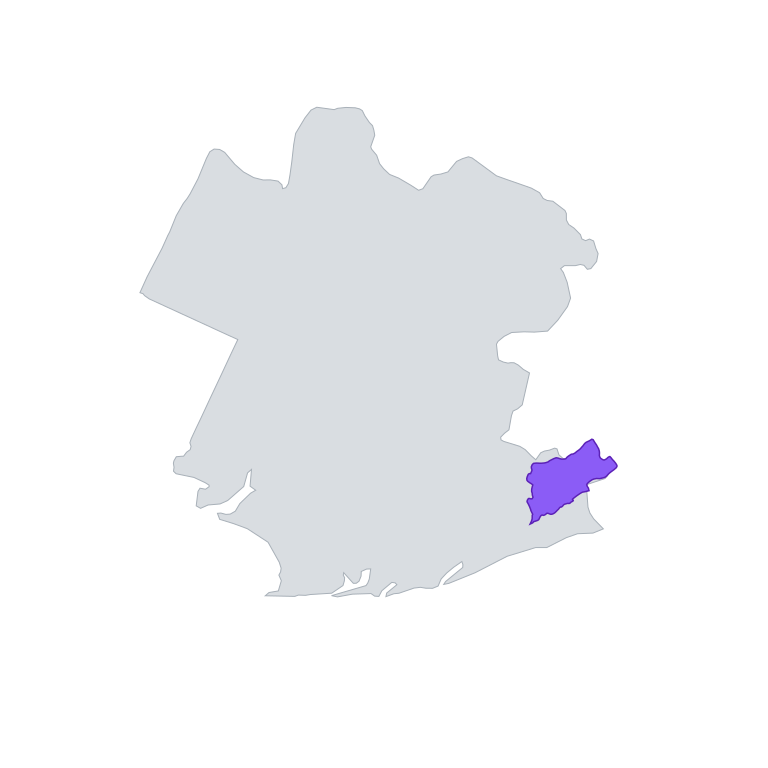 Mongo, Nyanga, Gabon (highlighted), rotated 295°
{"feature_id": "22940354B34091756215614", "entity_name": "Mongo", "entity_type": "district", "adm_level": 2, "iso_a3": "GAB", "parent_name": "Gabon", "parent_adm1": "Nyanga", "projection": "albers", "projection_center": [11.424, -3.286], "detail": "fine", "context": "in_parent", "style": "filled", "palette": "violet", "viewbox_px": 768, "rotation_deg": 295, "n_neighbors": 0, "source": "geoboundaries", "source_scale": "gbopen_adm2", "svg_char_len": 5645}
<svg xmlns="http://www.w3.org/2000/svg" viewBox="0 0 768 768"><g transform="rotate(295 384 384)"><path d="M527.1,135.9L526.6,141.7L520.0,156.0L516.8,167.0L516.0,178.7L517.8,188.1L521.0,194.9L523.1,202.2L521.4,207.3L518.2,209.5L520.4,212.1L525.3,212.7L533.5,210.5L546.2,206.6L562.8,201.0L573.8,198.0L591.8,199.9L601.4,202.1L606.4,206.1L611.6,222.9L614.3,225.5L618.6,232.7L622.2,241.3L623.0,245.6L622.6,248.8L618.9,253.4L614.8,260.3L613.3,264.4L609.8,267.5L605.5,270.5L593.4,271.7L591.6,273.5L588.2,280.7L581.8,286.9L578.9,292.7L576.3,300.5L576.8,310.2L575.5,324.1L574.2,333.5L577.4,336.7L591.7,339.1L594.5,341.0L598.3,346.8L603.2,352.3L616.4,355.7L621.4,359.9L625.6,364.5L626.1,368.3L623.1,383.4L620.2,397.9L621.2,408.9L622.3,419.4L623.8,434.8L623.1,444.2L619.4,449.9L619.3,454.3L621.0,459.8L617.7,474.7L615.6,477.2L609.7,480.0L606.6,484.0L605.6,490.3L602.4,498.9L599.1,502.0L599.1,506.1L602.2,509.0L602.2,513.5L596.3,518.8L592.7,522.9L584.9,524.9L576.0,522.7L573.9,519.8L576.1,515.1L575.3,511.4L572.2,507.5L567.5,497.5L563.2,495.3L560.9,499.4L553.6,507.0L540.7,516.8L531.7,517.6L515.1,514.5L501.1,509.9L494.6,498.4L490.5,488.9L484.6,477.9L477.9,472.7L470.8,469.3L467.6,469.1L457.4,475.2L454.3,477.6L454.3,482.8L455.3,487.5L456.9,489.9L458.2,492.9L457.9,497.7L456.1,504.1L455.5,511.2L423.5,518.1L418.0,515.6L414.0,512.4L409.1,512.9L395.3,516.6L390.2,514.0L385.1,512.2L382.8,513.7L382.6,516.8L384.9,533.4L384.2,539.7L381.1,547.9L379.5,553.6L387.9,555.1L391.0,557.7L394.0,561.9L398.0,565.8L398.3,568.2L393.7,572.5L392.1,577.9L394.3,582.1L400.1,586.4L408.5,591.0L412.6,593.9L412.2,596.6L408.3,602.4L406.8,607.3L404.1,611.7L404.7,615.8L408.4,619.6L408.0,623.0L405.5,625.6L400.2,625.0L395.8,625.4L391.8,624.3L379.4,611.2L376.6,610.8L358.6,620.9L354.1,625.1L350.4,631.0L345.4,644.0L337.2,636.4L330.1,622.7L321.8,614.2L304.5,600.6L299.8,590.5L279.9,568.4L251.4,546.3L230.7,527.0L227.6,522.8L231.0,523.3L251.0,532.9L253.7,531.8L256.0,529.6L247.4,524.6L239.2,520.7L231.5,518.2L223.7,518.4L219.4,514.4L216.6,508.2L215.1,502.9L211.7,497.4L200.7,486.0L198.1,481.6L192.1,475.6L195.7,474.8L207.5,480.5L208.5,478.2L207.5,474.9L195.7,469.4L189.3,469.1L187.8,465.2L188.6,460.8L180.2,444.2L171.4,431.8L170.0,425.9L193.7,452.9L196.8,453.4L201.0,453.1L210.8,450.1L208.9,446.4L204.5,442.6L200.2,444.4L194.7,444.7L191.7,443.1L190.4,440.4L196.0,427.2L193.5,427.9L191.8,430.2L188.7,431.3L184.0,432.0L172.3,425.0L162.0,406.1L159.3,402.2L156.5,395.6L153.8,392.9L141.9,365.9L146.4,367.9L151.8,375.7L162.3,374.1L166.4,369.5L170.0,369.7L173.6,368.6L178.2,364.4L191.6,345.8L195.1,321.3L193.9,306.7L191.9,292.3L196.4,287.7L198.1,290.7L199.0,295.8L201.1,299.6L205.9,303.0L214.8,303.9L228.6,309.2L233.5,312.6L234.8,305.8L250.6,300.0L245.8,297.9L231.8,300.2L212.4,291.6L206.0,286.1L200.0,275.7L193.8,270.3L194.2,265.3L208.1,260.8L211.8,261.3L213.2,266.7L217.0,268.9L218.4,268.2L219.0,263.6L219.0,251.2L214.8,233.5L216.0,230.1L219.8,228.9L223.2,226.6L225.6,226.1L230.3,226.5L232.7,230.6L233.9,232.9L238.7,233.9L242.6,236.1L245.9,235.5L248.7,232.9L252.8,232.4L265.4,232.4L276.9,232.5L299.7,232.5L322.5,232.6L345.3,232.6L362.5,232.7L362.4,222.6L362.3,207.0L362.2,188.6L362.1,170.9L362.0,154.6L361.9,135.3L362.9,129.7L364.0,127.4L363.6,124.2L381.3,124.0L413.3,125.5L427.3,125.3L431.2,125.5L448.7,124.6L462.9,125.8L468.9,127.2L474.3,127.9L491.3,128.7L513.4,127.7L520.9,128.0L525.1,130.7L527.1,135.9Z" fill="#d9dde1" stroke="#a8b0b8" stroke-width="1"/><path d="M374.0,614.9L374.7,614.3L376.0,613.3L377.2,611.4L378.3,610.3L379.5,610.3L380.9,610.8L382.7,611.6L385.1,613.0L386.5,614.3L388.2,616.6L389.3,619.4L391.6,622.3L393.0,623.8L394.8,624.7L396.6,625.2L398.4,625.9L400.2,626.8L403.5,628.6L406.1,629.8L407.6,630.0L408.7,629.5L410.0,627.6L410.6,626.4L411.3,625.0L412.1,622.9L413.1,621.0L413.7,619.5L413.4,618.9L411.9,617.9L410.4,617.4L409.0,616.4L408.1,615.6L407.9,614.4L408.0,613.3L408.3,611.5L409.1,610.4L410.2,609.4L412.2,608.6L413.2,608.1L414.3,607.4L416.0,605.9L417.0,604.4L418.6,602.3L420.0,599.9L421.9,597.1L421.8,595.7L419.4,594.2L416.7,591.9L415.1,591.1L413.9,590.8L411.9,590.4L410.4,589.9L408.2,589.3L406.3,588.4L404.6,587.4L402.1,586.2L400.6,585.1L400.2,584.5L399.5,583.4L398.2,582.6L396.6,581.6L394.7,580.7L393.2,580.4L392.5,579.7L391.6,578.1L391.0,576.7L390.6,574.7L390.4,572.9L389.9,571.2L388.1,569.4L385.7,567.5L384.0,566.2L383.2,566.0L382.4,565.3L381.1,563.9L380.2,562.7L378.7,560.1L378.0,558.6L376.9,555.9L376.1,554.4L375.2,553.0L373.4,552.4L371.3,552.5L370.1,553.1L369.2,554.0L368.2,554.6L366.3,554.7L364.7,554.7L364.4,553.9L363.6,553.1L362.9,552.9L362.6,552.9L360.3,553.0L358.7,553.3L357.2,554.2L356.6,555.3L356.1,557.7L355.8,560.2L355.4,561.5L353.5,561.8L351.5,562.2L350.1,562.7L348.9,563.3L347.5,564.6L346.1,565.3L344.4,566.9L342.7,566.8L342.0,565.8L341.7,564.1L341.2,563.3L339.2,563.0L337.7,563.4L337.0,564.4L335.9,565.9L334.4,567.7L332.4,569.8L331.4,570.6L330.0,572.3L328.8,573.8L327.4,573.9L326.2,574.5L324.3,575.3L321.9,575.6L318.8,575.6L319.5,576.2L320.7,577.2L321.4,577.6L322.4,577.8L324.8,580.4L325.6,581.1L326.6,581.6L329.2,581.6L330.3,581.8L331.1,581.9L331.9,582.5L332.2,583.1L332.3,583.8L332.5,584.3L333.1,584.8L333.4,585.1L334.6,585.8L335.5,586.1L336.0,586.9L336.2,587.9L336.2,589.0L336.4,590.2L336.9,591.1L337.5,591.8L338.2,592.4L339.4,593.2L341.4,594.0L343.0,594.5L344.1,595.0L345.4,595.3L346.3,595.5L347.2,596.1L347.6,596.9L348.9,597.5L349.9,597.7L351.1,598.2L352.1,599.3L353.3,600.7L353.7,601.6L354.0,602.3L354.4,602.8L355.4,603.2L356.1,603.5L356.9,604.1L357.5,604.6L358.3,604.8L358.6,604.5L358.7,603.9L359.2,603.5L360.8,604.2L364.1,605.9L367.5,607.9L369.8,609.5L371.7,612.2L374.0,614.9Z" fill="#8b5cf6" stroke="#5b21b6" stroke-width="1.5"/></g></svg>